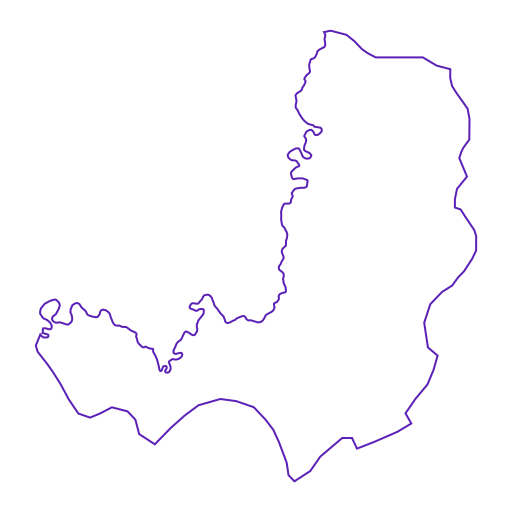 outline of Hoeryong City, Hamgyŏng-bukto, North Korea
{"feature_id": "82179303B62276356715792", "entity_name": "Hoeryong City", "entity_type": "district", "adm_level": 2, "iso_a3": "PRK", "parent_name": "North Korea", "parent_adm1": "Hamgyŏng-bukto", "projection": "natural_earth1", "projection_center": [129.627, 42.513], "detail": "fine", "context": "isolated", "style": "outline", "palette": "violet", "viewbox_px": 512, "rotation_deg": 0, "n_neighbors": 0, "source": "geoboundaries", "source_scale": "gbopen_adm2", "svg_char_len": 5995}
<svg xmlns="http://www.w3.org/2000/svg" viewBox="0 0 512 512"><path d="M415.5,398.8L427.5,384.4L433.5,370.0L437.6,355.6L427.9,347.4L424.2,322.7L430.3,304.2L442.2,291.8L452.1,285.6L458.1,277.4L464.1,271.2L472.1,258.9L476.1,250.6L476.2,236.2L474.3,230.1L464.6,215.7L460.7,209.5L454.9,207.5L454.9,199.2L457.0,188.9L467.0,176.6L459.3,158.1L461.3,151.9L463.3,147.8L469.3,139.6L469.5,119.0L467.6,108.7L456.0,92.3L452.1,86.1L450.2,77.9L450.3,69.2L436.6,65.6L422.9,57.4L375.7,57.4L367.9,53.3L362.0,49.2L354.2,41.0L346.4,34.8L330.7,30.7L324.0,32.1L325.0,34.0L325.3,34.9L325.1,37.0L324.5,38.8L325.2,43.5L325.2,45.2L325.0,45.9L324.2,47.1L319.9,49.3L317.5,51.2L316.7,53.9L315.5,56.5L314.7,57.5L313.6,58.4L311.3,59.1L310.6,59.8L309.4,63.9L309.2,65.5L309.3,67.5L310.0,71.3L309.8,72.2L308.9,73.4L307.1,74.6L306.1,75.8L304.5,78.3L304.4,79.3L305.5,80.9L305.5,81.8L304.2,85.0L302.4,87.6L302.1,88.9L301.4,90.3L299.8,91.6L297.0,93.3L295.7,94.9L295.5,95.6L296.5,100.8L296.4,101.9L295.6,105.4L295.8,107.8L297.7,110.4L299.3,113.9L302.0,118.1L304.1,120.7L307.6,123.6L309.3,124.3L313.3,125.3L314.4,126.7L320.5,127.7L321.6,129.0L321.8,130.7L321.6,131.3L320.9,132.4L318.7,134.3L317.1,135.0L315.7,135.1L314.6,134.5L313.7,132.4L312.6,130.9L311.4,129.9L310.1,129.8L307.6,130.9L306.1,132.1L305.1,134.4L304.4,135.4L304.3,136.3L306.0,138.9L306.2,140.4L305.7,142.7L304.9,144.4L304.3,146.4L304.0,149.0L304.2,149.9L304.8,150.7L307.4,152.1L309.3,152.8L311.2,154.9L311.3,155.5L311.1,156.3L309.9,158.0L308.4,158.6L306.3,158.6L305.0,158.2L303.3,157.2L302.1,155.2L301.4,153.2L299.5,149.4L298.6,148.4L296.0,148.4L292.5,150.1L289.5,152.1L287.9,154.5L287.8,155.6L288.1,157.0L288.6,157.8L289.6,158.8L290.9,159.8L291.9,160.2L295.2,160.5L296.5,161.1L298.6,163.9L299.3,165.1L299.2,165.8L298.8,166.3L297.2,166.8L295.9,167.5L294.2,169.0L291.4,171.8L291.1,172.7L291.1,174.2L292.0,177.6L292.4,178.3L292.9,178.9L293.5,179.1L298.4,178.3L302.4,178.3L306.9,179.9L307.5,180.4L307.6,181.7L307.1,183.8L306.9,186.2L306.0,187.1L304.1,187.8L300.6,187.8L296.5,188.4L295.2,188.9L294.0,189.8L292.5,192.1L291.8,192.9L291.8,193.8L292.6,195.5L292.7,196.4L291.1,199.7L290.9,201.8L290.5,202.8L289.2,203.6L285.1,203.6L284.3,203.8L283.3,205.3L282.2,207.5L281.3,210.8L281.1,212.5L281.3,216.1L281.1,218.6L281.4,221.5L282.2,225.3L282.7,226.0L284.6,227.9L285.6,230.3L286.5,231.6L287.2,233.7L287.3,235.1L286.9,238.1L286.0,241.0L285.9,245.6L282.8,248.5L282.2,249.4L281.8,250.7L281.9,252.6L283.6,256.8L283.6,258.3L281.4,262.1L280.7,264.0L279.0,266.2L278.8,268.0L279.3,269.8L282.2,272.0L283.2,273.1L283.7,274.1L283.7,276.5L283.1,278.5L283.1,279.8L283.5,281.0L283.5,282.7L285.7,287.6L285.9,290.6L285.6,292.0L285.3,292.3L281.8,293.1L280.1,294.0L279.0,295.1L278.6,296.5L278.9,297.8L278.9,298.8L278.3,300.2L276.8,302.1L274.7,303.0L274.0,303.6L274.0,304.8L274.5,307.9L273.6,309.8L272.9,310.8L271.3,312.0L267.1,314.2L265.9,315.1L265.1,316.3L264.7,317.5L263.2,319.9L261.9,321.3L260.1,322.2L257.9,322.4L251.0,320.3L248.3,320.4L246.5,319.2L245.4,317.2L244.3,316.2L243.7,316.0L242.4,316.1L238.4,317.6L236.8,318.4L234.9,320.0L233.0,320.7L229.3,322.7L227.9,323.0L227.0,322.9L226.1,322.5L225.3,321.6L224.6,319.1L223.5,316.5L220.3,313.1L217.3,308.8L214.8,306.0L214.0,304.1L213.5,302.1L212.5,300.1L212.0,298.2L210.8,296.5L209.2,295.1L208.0,294.7L206.4,294.8L204.3,295.3L203.3,296.4L202.0,299.2L199.4,302.1L198.5,303.4L197.0,303.8L193.1,303.2L192.1,303.3L191.4,303.8L190.4,305.1L189.6,307.1L189.7,307.8L190.3,308.5L193.9,309.8L195.8,310.8L197.2,310.7L199.0,309.3L200.0,309.1L202.5,309.0L203.1,309.1L203.7,309.7L203.8,310.8L203.7,312.9L203.4,313.9L202.0,315.9L199.7,318.7L198.2,320.7L197.9,322.0L196.9,324.2L196.8,326.8L197.3,329.3L197.0,331.4L195.1,334.4L194.4,335.1L193.5,335.2L191.9,334.8L189.3,333.0L186.5,331.5L185.4,331.7L184.2,333.0L181.4,339.0L180.2,340.3L178.3,341.6L177.3,342.6L176.1,344.6L175.2,347.2L173.6,350.2L173.5,351.6L173.6,352.8L174.4,353.6L175.9,353.9L179.9,352.9L181.3,352.9L181.9,353.4L182.3,354.3L182.1,355.6L181.7,356.4L180.2,357.9L178.4,359.0L175.9,359.6L172.3,359.1L169.2,361.3L168.8,362.2L170.4,366.2L170.6,367.4L170.6,369.3L169.6,371.3L168.7,372.2L167.7,372.6L166.2,372.6L165.2,371.7L165.2,370.5L166.5,368.7L166.7,368.0L166.6,366.7L166.0,366.1L164.4,366.0L163.2,366.5L161.5,370.7L160.6,371.0L159.9,370.7L159.4,369.6L158.9,366.7L157.1,359.8L155.8,356.5L153.2,351.8L153.1,349.3L152.9,348.9L149.3,348.4L145.8,346.7L145.2,346.7L144.2,347.3L143.3,347.4L141.8,346.6L138.6,343.5L137.6,341.8L137.0,339.0L136.2,336.8L136.1,336.0L136.6,334.7L136.5,334.0L136.2,333.3L135.3,332.5L130.9,330.5L127.3,327.7L126.0,327.0L122.3,326.9L119.4,325.6L116.4,325.6L115.0,325.2L114.1,324.3L112.9,322.6L110.7,317.2L109.8,313.8L108.0,311.8L105.7,310.2L102.9,309.6L101.0,310.4L100.4,311.4L99.9,313.3L99.1,315.1L98.0,316.5L97.3,317.0L95.7,317.2L92.7,316.7L88.4,315.3L87.7,314.7L87.2,314.2L85.7,311.1L81.7,307.6L79.4,304.1L78.0,303.2L76.3,303.1L75.2,303.4L73.4,304.5L72.1,305.6L71.7,306.9L70.7,309.1L70.4,312.3L71.5,314.7L72.1,317.3L72.2,318.2L72.1,320.2L71.5,321.6L70.8,322.5L68.7,324.3L67.9,324.6L66.5,324.4L59.9,322.3L56.8,322.7L55.4,322.6L53.6,321.6L52.3,320.1L52.0,318.5L52.7,316.7L53.6,315.8L55.4,314.6L56.2,313.6L58.7,308.9L59.8,305.6L59.6,304.4L58.9,302.5L56.6,300.2L55.5,299.6L54.4,299.6L51.7,300.3L49.4,301.2L44.8,303.7L40.9,308.4L40.1,311.6L40.2,313.9L42.9,317.9L44.0,318.6L47.1,320.0L49.9,322.4L50.9,323.9L51.7,325.5L51.7,327.4L51.2,328.7L49.9,329.3L48.6,329.2L45.7,328.3L43.1,328.4L42.7,329.4L42.9,331.4L42.5,333.0L47.8,334.5L48.4,335.1L48.4,336.3L48.0,336.9L46.8,337.5L43.5,337.4L42.1,336.6L40.3,334.5L35.8,345.7L37.7,351.8L47.4,364.2L53.2,372.4L60.9,384.7L68.6,399.1L78.3,413.5L90.1,417.6L100.0,413.5L111.9,407.3L127.6,411.4L135.4,419.7L139.2,434.1L154.8,444.3L170.8,427.9L184.7,415.5L198.6,405.2L220.4,399.0L236.1,401.1L253.8,407.2L265.5,419.6L273.3,429.8L279.0,442.2L286.7,462.8L288.5,475.1L294.4,481.3L310.3,471.0L320.3,456.6L342.2,438.0L352.0,438.0L357.0,448.6L373.7,442.1L397.4,431.8L411.3,423.5L405.5,413.3L415.5,398.8Z" fill="none" stroke="#5b21b6" stroke-width="2"/></svg>